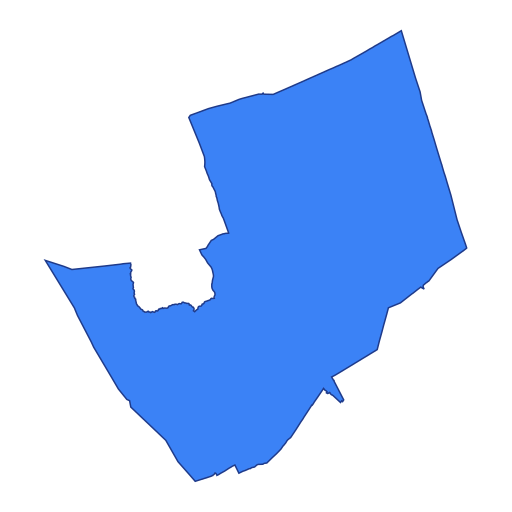 Åmot nor, Hedmark, Norway
{"feature_id": "86288312B80993822941630", "entity_name": "Åmot nor", "entity_type": "district", "adm_level": 2, "iso_a3": "NOR", "parent_name": "Norway", "parent_adm1": "Hedmark", "projection": "orthographic", "projection_center": [11.34, 61.261], "detail": "fine", "context": "isolated", "style": "filled", "palette": "blue", "viewbox_px": 512, "rotation_deg": 0, "n_neighbors": 0, "source": "geoboundaries", "source_scale": "gbopen_adm2", "svg_char_len": 6014}
<svg xmlns="http://www.w3.org/2000/svg" viewBox="0 0 512 512"><path d="M195.2,481.3L210.7,476.4L211.0,476.2L211.5,476.1L212.2,475.6L212.7,475.6L212.9,475.2L213.7,474.7L214.3,474.1L214.6,473.7L214.7,473.4L215.0,473.0L215.7,473.2L216.4,474.2L216.9,475.1L217.0,475.2L217.0,475.3L218.4,474.7L220.6,473.3L224.6,471.1L229.2,468.1L231.0,467.1L232.2,466.3L234.9,465.0L238.9,473.2L243.0,471.2L244.9,470.6L247.0,469.7L249.1,468.7L250.0,468.6L250.6,468.5L251.4,467.7L252.2,467.5L254.2,467.1L254.7,466.9L256.8,465.0L258.1,464.4L261.3,464.3L262.9,464.2L264.1,463.4L266.8,463.0L272.3,457.6L276.4,453.8L279.7,450.4L281.0,449.0L283.0,446.0L283.5,445.6L284.4,444.5L285.7,442.9L287.0,440.7L287.9,439.7L290.7,437.5L295.9,429.7L300.9,421.8L302.8,419.1L304.1,416.9L307.0,412.5L310.5,407.1L311.4,405.7L311.7,405.1L311.9,405.0L312.2,405.2L313.3,403.7L314.2,402.1L316.8,398.4L323.2,389.0L323.5,388.4L324.0,388.9L324.7,390.0L325.1,390.2L325.9,390.8L326.1,390.8L327.1,391.9L326.4,392.8L327.5,393.5L328.1,393.4L329.6,392.4L329.9,392.6L329.9,393.1L330.3,393.6L331.5,394.8L331.8,394.9L332.3,395.0L333.2,395.7L340.5,402.5L341.7,400.8L342.6,401.6L343.7,399.9L334.2,381.5L334.0,380.4L333.5,380.2L331.6,377.0L335.4,375.0L343.2,370.3L377.2,349.6L379.4,340.9L381.9,331.9L383.7,325.0L384.5,322.2L386.8,313.9L387.4,311.6L387.6,310.9L388.4,307.8L400.4,302.9L412.0,293.8L412.7,293.4L417.6,289.5L420.8,287.1L421.3,287.5L423.7,288.8L423.9,288.6L423.8,288.3L423.3,287.4L423.1,286.3L423.4,285.1L424.3,284.4L426.0,282.9L426.8,282.5L427.4,281.8L427.6,281.8L427.9,281.4L428.4,281.3L428.9,280.9L438.0,268.4L451.2,259.5L464.3,250.0L466.2,248.5L466.7,248.0L465.5,244.3L461.2,232.1L458.2,223.1L457.1,219.9L450.9,195.2L446.8,181.6L445.9,178.4L445.7,177.9L445.5,177.0L445.4,176.7L443.9,172.3L442.3,166.8L441.8,164.9L441.3,163.5L436.9,149.1L436.7,148.4L435.8,145.4L434.2,139.9L432.6,134.8L432.1,133.1L431.9,132.7L431.7,131.7L431.3,130.1L430.8,128.8L430.5,127.7L429.9,126.1L429.4,124.3L428.0,119.6L427.7,119.0L427.5,118.2L427.5,117.8L427.0,116.2L426.0,113.7L421.6,100.3L420.1,91.9L415.5,78.0L401.3,30.7L392.9,35.7L391.6,36.3L376.2,45.3L375.5,45.6L372.4,47.6L369.9,48.9L366.5,51.0L353.8,58.2L351.0,59.9L337.8,65.9L336.7,66.3L333.3,67.9L329.2,69.6L297.6,83.7L273.2,94.4L264.0,94.2L263.6,93.9L263.1,93.1L262.4,93.7L262.1,94.2L258.7,94.1L241.9,98.5L239.0,99.4L229.9,103.2L228.0,103.6L217.2,106.2L208.5,108.6L190.3,115.3L188.8,117.5L199.3,143.1L204.4,156.6L204.7,159.2L204.9,162.0L204.8,164.4L204.6,166.6L206.4,171.1L207.2,173.5L208.2,175.7L208.8,177.4L209.5,179.7L209.8,180.2L210.4,181.2L211.3,182.7L211.9,183.7L211.8,184.1L211.9,185.4L212.3,186.3L212.9,186.9L214.3,189.7L214.6,190.2L215.4,191.9L215.5,192.9L216.1,195.1L216.2,195.9L216.2,196.4L216.8,197.8L217.4,200.7L218.2,203.1L219.1,207.2L219.4,209.3L220.5,212.1L221.3,213.9L221.9,215.6L222.8,217.3L223.2,217.9L224.0,220.0L228.5,232.5L228.6,233.2L225.2,233.4L224.0,233.8L223.1,233.8L221.4,234.5L218.0,235.7L213.5,239.4L211.3,240.4L208.0,245.3L207.7,246.0L207.2,246.8L206.0,248.4L199.5,249.8L201.3,253.7L202.1,255.2L203.8,257.0L205.6,259.3L207.6,262.9L208.6,264.1L210.2,266.0L211.1,267.1L211.7,268.3L212.2,269.5L212.4,270.2L212.9,272.5L213.3,274.3L213.5,275.9L213.4,276.9L213.2,277.6L212.5,280.2L212.1,283.5L211.8,283.9L211.8,284.6L211.8,286.9L212.1,288.4L212.4,289.1L213.0,290.3L214.3,291.7L214.7,292.5L214.9,293.2L215.0,294.6L214.8,295.4L214.3,296.2L214.1,297.1L214.0,297.9L214.2,298.3L212.8,298.5L211.7,298.3L211.3,298.4L210.9,298.7L210.5,299.5L210.1,299.8L208.5,300.5L207.9,300.6L207.6,300.8L206.7,301.1L205.0,301.6L204.5,302.0L203.9,303.3L203.6,303.7L203.3,303.9L202.4,304.0L202.1,304.2L202.0,304.4L201.8,305.4L201.2,306.0L200.5,306.2L199.3,306.2L198.5,306.7L198.3,307.1L198.1,307.5L197.9,308.5L197.8,309.2L196.5,309.9L194.7,311.7L193.9,311.0L193.5,310.9L193.4,310.8L193.8,310.1L194.1,308.8L194.0,308.6L193.7,307.8L193.4,307.6L193.3,307.2L192.7,307.2L192.3,306.9L191.7,306.2L191.2,305.5L190.8,305.1L190.2,304.9L189.8,305.1L189.3,305.0L189.2,304.8L189.1,303.9L188.9,303.6L188.6,303.4L186.5,303.4L185.9,303.0L184.6,302.9L183.4,302.2L182.7,302.2L182.2,302.3L181.6,303.4L181.1,303.8L180.6,303.8L179.7,303.6L179.1,303.6L177.4,304.6L176.6,304.3L175.6,304.2L174.7,304.3L174.1,304.7L173.2,304.6L172.5,304.7L170.6,305.8L169.5,305.9L168.9,306.2L168.6,306.4L168.2,307.5L167.3,308.1L166.6,308.2L164.7,308.0L163.0,308.5L162.8,308.3L162.8,307.9L162.5,307.7L161.4,308.5L160.2,308.5L159.6,309.2L159.0,309.0L158.8,309.2L158.5,309.6L158.3,309.8L158.2,310.4L157.9,310.6L157.7,310.9L157.0,311.0L156.8,311.0L156.3,310.7L155.8,310.8L155.4,311.2L155.1,311.9L154.6,312.3L154.3,312.3L153.1,311.9L152.8,311.7L152.3,311.6L150.8,312.6L150.5,312.6L150.2,312.4L150.0,312.0L149.9,312.0L148.8,312.0L148.6,311.7L148.4,311.3L148.2,311.2L147.5,311.5L147.2,311.8L146.1,312.2L144.4,312.0L144.2,311.6L143.0,311.0L142.7,310.2L142.5,309.9L141.8,309.5L141.1,309.3L140.6,308.8L140.0,307.9L139.3,307.1L138.7,306.5L137.5,305.7L137.1,304.7L136.7,304.3L136.4,303.5L136.3,303.2L136.3,302.8L136.0,301.8L135.9,301.1L135.6,300.2L135.7,299.2L135.3,298.8L134.8,298.5L134.6,298.0L134.7,297.3L134.1,296.9L133.8,296.2L133.8,295.8L133.9,295.3L134.5,294.6L134.5,294.3L134.5,294.1L134.1,293.2L134.1,292.9L134.4,291.5L134.4,291.3L134.3,290.9L134.3,290.6L134.1,290.1L133.6,289.5L133.1,289.0L133.0,288.4L133.1,288.0L133.4,287.6L133.4,287.2L133.2,286.5L133.2,285.7L133.0,284.8L133.5,282.5L133.3,282.2L131.3,280.5L130.8,279.3L130.7,278.9L130.8,278.5L131.0,277.9L131.1,277.1L130.8,276.7L130.7,276.3L130.7,275.7L130.5,275.2L130.4,274.8L130.7,274.2L130.4,273.9L130.3,273.6L130.7,273.2L130.7,272.6L130.8,272.0L131.3,271.2L131.7,270.7L131.8,270.1L131.8,269.9L131.3,269.4L130.8,269.1L130.3,268.6L130.2,268.3L130.1,267.6L130.6,267.2L130.9,264.8L130.9,264.5L130.5,263.5L130.5,263.1L123.4,263.7L120.5,264.2L104.8,266.0L71.9,269.5L63.9,266.4L45.3,260.4L74.5,308.1L75.1,309.7L77.5,315.5L91.2,341.8L93.7,347.2L111.9,377.9L118.4,389.0L126.8,399.4L129.6,400.7L130.8,407.1L165.8,440.3L178.0,461.7L190.1,475.4L194.6,480.6L195.2,481.3Z" fill="#3b82f6" stroke="#1e3a8a" stroke-width="1.5"/></svg>